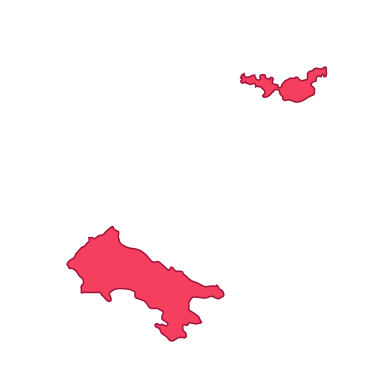 Likoma, Likoma, Malawi, rotated 102°
{"feature_id": "42251766B55477981037231", "entity_name": "Likoma", "entity_type": "district", "adm_level": 2, "iso_a3": "MWI", "parent_name": "Malawi", "parent_adm1": "Likoma", "projection": "natural_earth1", "projection_center": [34.694, -12.051], "detail": "fine", "context": "isolated", "style": "filled", "palette": "rose", "viewbox_px": 384, "rotation_deg": 102, "n_neighbors": 0, "source": "geoboundaries", "source_scale": "gbopen_adm2", "svg_char_len": 5947}
<svg xmlns="http://www.w3.org/2000/svg" viewBox="0 0 384 384"><g transform="rotate(102 192 192)"><path d="M299.5,171.8L298.0,171.3L296.6,170.6L295.2,169.9L294.4,168.6L294.0,167.1L293.9,165.3L293.7,163.6L293.4,160.3L293.2,158.6L292.9,157.0L292.4,155.5L291.5,154.0L290.5,152.8L290.0,151.3L290.0,149.7L290.4,148.1L290.8,146.4L291.0,144.6L290.5,143.0L289.5,141.9L288.4,140.8L287.3,139.7L285.9,139.5L284.4,140.1L283.1,141.0L282.1,142.2L281.6,143.7L281.2,145.3L279.9,146.1L278.8,147.1L278.0,148.5L279.4,149.5L279.7,151.2L279.7,152.8L280.3,154.2L280.7,155.8L281.3,157.4L281.9,158.9L281.8,160.7L281.4,162.4L280.9,163.9L280.5,165.6L280.0,167.3L279.7,169.0L279.3,172.4L278.8,174.1L278.2,175.7L277.5,177.1L276.8,178.4L275.7,179.9L275.2,181.3L274.4,182.6L273.3,183.9L272.1,184.8L271.9,186.5L272.1,188.0L272.5,189.7L272.7,191.3L272.1,192.7L271.1,194.1L270.0,195.2L269.9,196.9L271.2,197.4L272.8,197.8L273.2,199.3L271.5,202.1L270.6,203.5L269.8,205.0L269.2,206.4L268.3,207.8L267.5,209.2L267.1,210.7L267.5,212.3L268.3,213.7L268.7,215.2L268.2,216.8L267.4,218.2L266.5,219.4L265.5,220.8L264.5,222.0L263.5,223.2L262.6,224.5L261.9,226.0L261.2,227.5L260.5,229.0L260.0,230.6L259.7,232.3L259.6,234.1L259.5,235.7L259.5,237.4L259.7,239.0L259.8,240.7L259.8,242.3L259.6,243.9L259.3,245.5L258.8,247.0L258.4,248.6L257.8,250.0L256.9,251.4L255.8,252.4L253.1,253.8L251.8,254.6L250.4,254.9L249.0,255.0L247.5,255.1L246.2,255.5L245.6,257.2L245.3,258.8L244.7,260.4L243.5,261.5L242.3,262.2L242.9,263.6L244.2,264.6L245.4,265.6L246.7,266.5L247.9,267.5L249.1,268.2L250.4,269.0L251.8,269.7L252.9,270.9L253.3,272.6L254.1,274.0L255.2,275.2L256.4,276.2L257.5,277.2L258.1,278.8L257.2,280.1L257.8,281.7L258.1,283.4L259.5,282.8L260.9,282.2L262.3,282.9L263.6,283.9L264.9,284.6L266.2,285.2L267.5,285.7L268.2,287.2L269.2,288.4L270.8,289.4L272.1,290.2L273.5,290.8L274.7,291.6L276.0,292.4L277.3,292.9L278.8,293.1L280.4,293.5L281.6,294.3L282.6,295.5L283.7,296.8L284.9,297.8L286.4,298.6L287.7,299.1L289.1,299.0L290.0,297.7L291.3,297.0L292.3,295.8L291.7,294.1L291.8,292.5L292.5,290.6L293.3,289.2L294.2,288.0L295.3,286.8L296.5,285.7L297.5,284.6L298.4,283.3L298.9,281.8L300.0,280.6L301.3,279.9L302.8,279.3L304.1,279.2L305.4,279.9L306.7,280.6L308.1,280.7L310.9,279.7L312.3,279.7L313.6,279.2L313.1,277.5L312.5,275.9L312.1,274.3L311.9,272.7L311.5,270.8L311.2,269.3L310.9,267.6L310.4,265.9L310.0,264.2L309.7,262.4L309.5,260.7L310.7,259.5L311.8,258.5L312.5,257.1L313.4,255.7L314.4,254.5L315.4,253.3L316.1,251.9L316.2,250.0L315.2,248.8L313.7,248.8L312.4,249.4L311.0,250.3L309.8,251.2L308.4,251.8L307.0,251.1L305.8,250.1L304.7,249.0L303.7,247.9L302.8,246.5L302.2,245.1L301.7,243.5L301.3,241.7L301.0,240.0L300.7,238.4L300.5,236.6L300.4,235.0L300.3,233.3L300.4,231.7L300.6,230.1L301.2,228.1L302.0,226.8L303.5,226.6L304.9,226.4L306.3,225.7L307.4,224.6L307.5,222.9L307.6,221.3L308.1,218.1L308.4,216.5L309.1,215.0L310.1,213.6L311.1,212.5L313.4,210.2L314.2,209.0L314.3,207.3L314.0,205.5L313.6,204.0L313.0,202.0L313.5,200.3L313.9,198.8L314.4,197.2L314.9,195.6L316.1,194.9L317.5,195.2L319.0,195.4L320.6,195.4L322.0,195.2L323.1,194.2L323.6,192.6L324.2,191.1L324.9,189.5L325.9,188.3L327.3,188.2L328.3,189.3L328.2,191.0L327.8,192.6L327.7,194.2L328.8,195.2L328.6,196.9L328.0,198.3L328.5,199.9L329.8,200.5L331.1,199.8L331.8,198.1L332.0,196.5L332.7,195.0L334.0,194.3L335.1,193.3L336.4,192.6L337.2,190.9L337.9,189.2L338.5,187.6L339.2,186.1L341.3,183.7L342.0,182.2L341.8,180.5L341.1,179.0L340.1,178.0L338.9,176.8L337.7,175.8L337.1,174.4L336.6,172.7L336.2,171.1L336.4,169.5L335.7,168.1L334.3,167.6L332.7,168.2L331.3,168.7L330.4,170.0L329.6,171.4L328.6,172.4L327.2,172.6L325.9,173.1L324.4,173.2L323.4,172.0L323.5,170.4L323.2,168.8L322.0,168.1L320.6,167.7L320.2,166.1L320.3,164.5L320.3,162.7L320.3,161.0L319.6,159.6L319.1,158.1L318.6,156.5L317.3,155.7L316.2,156.6L315.0,157.9L313.8,158.7L312.5,159.7L311.8,161.2L310.4,164.3L309.8,165.8L309.3,167.3L308.8,168.8L308.0,170.3L306.7,171.1L305.4,171.1L303.8,171.4L302.4,171.8L301.0,172.1L299.5,171.8ZM53.6,94.0L52.6,92.9L52.2,91.3L52.4,89.7L51.0,89.4L49.7,88.7L50.3,87.3L51.7,86.9L51.4,85.3L50.0,84.9L48.5,85.0L47.0,85.4L45.7,86.0L44.3,86.1L42.9,86.3L42.0,87.5L42.8,88.9L43.9,89.8L44.8,91.1L45.2,92.7L44.9,94.4L45.1,96.0L45.6,97.5L46.9,98.5L48.1,99.2L48.9,100.5L49.6,101.9L50.8,103.1L52.2,103.6L53.8,103.3L55.3,103.0L56.6,102.6L58.0,102.8L58.7,104.2L59.4,105.6L60.1,107.0L60.3,108.7L59.9,110.3L58.9,111.4L58.0,112.6L58.0,114.3L59.3,114.9L59.6,116.5L60.1,118.2L60.3,119.8L61.4,120.9L62.4,122.0L63.3,123.3L64.3,124.4L65.7,124.9L66.9,125.7L68.2,126.3L70.0,126.5L71.4,126.9L71.8,128.4L71.5,130.0L70.1,129.9L69.2,131.2L69.6,132.7L69.3,134.3L68.7,135.9L67.4,136.4L66.0,136.2L64.6,136.0L63.5,136.9L63.3,138.6L64.6,139.5L66.0,139.3L65.6,140.8L65.2,142.4L65.1,144.0L63.7,144.2L62.4,144.8L62.4,146.5L62.7,148.0L63.5,149.3L65.0,149.6L66.3,149.0L67.7,148.6L68.6,149.8L68.8,151.3L68.2,152.8L66.9,153.5L66.0,154.7L64.6,154.9L65.1,156.4L65.8,157.9L66.9,158.9L67.6,160.2L68.3,161.8L68.4,163.4L68.0,165.0L66.6,165.0L65.4,165.7L67.5,167.8L68.9,168.0L70.3,168.2L70.3,166.6L71.7,166.7L73.1,167.3L74.4,166.9L75.1,165.5L74.4,164.1L73.3,163.0L74.2,161.8L74.3,160.1L74.6,158.5L74.5,156.8L73.6,155.4L72.8,154.2L73.4,152.8L74.5,151.8L75.8,151.5L74.7,150.6L75.3,148.9L74.8,147.4L75.1,145.8L76.2,144.9L76.9,143.4L77.9,142.2L79.1,141.4L80.6,141.3L81.7,142.2L83.1,142.8L84.3,142.0L84.2,140.4L83.6,139.0L82.7,137.7L81.6,136.5L80.4,135.7L79.2,134.9L77.9,134.1L76.7,133.3L75.4,132.7L74.4,131.5L74.1,129.9L74.3,128.3L75.4,127.3L77.0,126.7L78.2,125.9L79.0,124.5L80.0,123.3L81.3,122.8L82.5,122.2L83.2,120.7L82.7,119.1L82.0,117.7L81.7,116.0L81.8,114.4L82.0,112.7L82.3,111.1L82.5,109.5L82.1,107.6L81.5,105.9L80.8,104.5L79.8,103.1L78.9,101.9L77.8,100.7L76.7,99.7L75.5,98.5L74.5,97.4L73.5,96.0L72.5,94.6L71.7,93.3L70.2,92.7L68.8,93.1L67.2,93.3L65.8,93.5L64.7,94.5L63.8,96.0L63.1,97.3L61.8,98.1L60.5,97.4L59.2,96.5L58.3,95.3L57.8,93.8L56.4,93.9L55.0,94.2L53.6,94.0Z" fill="#f43f5e" stroke="#9f1239" stroke-width="1.5"/></g></svg>